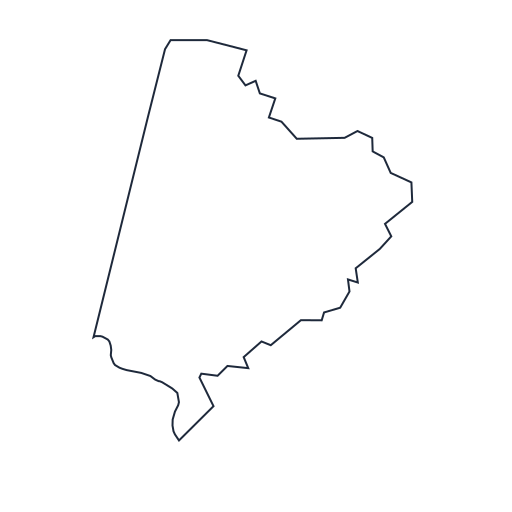 Wetzel, West Virginia, United States of America, rotated 284°
{"feature_id": "52423323B41320472934354", "entity_name": "Wetzel", "entity_type": "district", "adm_level": 2, "iso_a3": "USA", "parent_name": "United States of America", "parent_adm1": "West Virginia", "projection": "equal_earth", "projection_center": [-80.719, 39.575], "detail": "fine", "context": "isolated", "style": "outline", "palette": "slate", "viewbox_px": 512, "rotation_deg": 284, "n_neighbors": 0, "source": "geoboundaries", "source_scale": "gbopen_adm2", "svg_char_len": 1034}
<svg xmlns="http://www.w3.org/2000/svg" viewBox="0 0 512 512"><g transform="rotate(284 256 256)"><path d="M137.9,118.0L139.3,119.3L140.6,124.4L140.6,126.5L139.1,132.4L137.6,134.4L133.9,136.7L129.8,138.3L124.6,139.1L122.7,140.1L117.6,143.8L116.1,145.6L114.6,150.5L114.2,153.7L114.0,158.1L114.8,173.0L114.0,182.6L111.7,188.0L111.0,191.8L111.2,192.9L110.8,195.5L107.2,206.8L104.1,212.8L95.5,216.6L92.4,216.6L85.4,215.0L77.2,214.7L71.3,216.0L65.9,218.4L63.3,220.5L58.4,225.9L100.0,251.1L124.4,230.5L128.6,231.4L130.5,247.7L142.4,254.9L145.3,275.6L154.9,268.5L174.4,282.0L173.0,291.9L204.6,315.1L209.5,335.3L217.7,335.7L226.2,350.2L244.2,355.3L255.5,350.9L254.9,361.2L268.2,355.7L292.8,374.4L307.8,382.5L318.4,373.4L346.3,394.5L365.0,389.0L369.2,366.6L382.6,356.1L385.7,343.9L398.7,340.2L401.8,324.2L392.1,313.4L379.6,267.2L392.5,248.2L393.5,235.0L413.6,236.6L414.7,220.4L425.9,213.3L419.0,204.5L426.6,195.2L453.3,197.1L453.6,156.2L444.8,120.9L434.7,117.7L364.2,117.5L137.9,118.0Z" fill="none" stroke="#1e293b" stroke-width="2"/></g></svg>